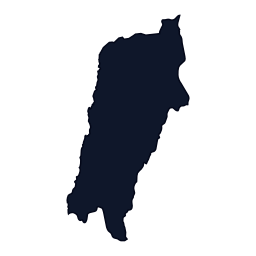 the border of Atacama
{"feature_id": "CHL-2696", "entity_name": "Atacama", "entity_type": "Region", "adm_level": 1, "iso_a3": "CHL", "parent_name": "Chile", "parent_adm1": "", "projection": "equal_earth", "projection_center": [-70.184, -27.52], "detail": "fine", "context": "isolated", "style": "filled", "palette": "ink", "viewbox_px": 256, "rotation_deg": 0, "n_neighbors": 0, "source": "natural_earth", "source_scale": "10m", "svg_char_len": 5685}
<svg xmlns="http://www.w3.org/2000/svg" viewBox="0 0 256 256"><path d="M179.7,15.4L177.7,22.8L177.5,24.7L177.6,25.7L177.8,26.6L179.1,28.7L179.6,29.7L179.0,30.5L179.4,31.6L179.3,32.9L179.4,34.3L180.1,35.6L180.8,36.5L181.3,37.7L181.7,39.0L182.1,43.2L184.7,56.3L185.0,58.9L184.6,60.6L179.7,65.2L178.6,67.0L178.2,68.7L177.9,70.8L177.8,74.8L178.1,77.4L178.8,79.5L179.7,81.5L181.0,83.5L188.2,95.7L188.7,97.1L188.8,98.6L188.6,99.5L188.0,101.4L187.8,102.3L187.7,102.9L187.8,104.2L187.7,104.6L187.4,104.6L186.4,104.5L185.9,104.6L184.2,105.5L183.5,105.7L181.5,105.8L180.6,106.2L179.8,106.9L179.1,107.8L178.7,108.9L178.4,109.9L178.0,110.6L177.1,110.7L175.6,110.0L174.3,108.8L173.0,107.7L171.3,107.6L169.9,108.0L169.4,108.4L168.8,109.2L167.2,112.4L166.9,113.5L166.8,114.4L166.9,116.4L166.7,117.3L164.9,122.3L164.5,123.0L163.8,123.6L162.5,124.5L161.9,125.0L161.6,125.6L161.5,126.3L161.5,127.0L161.6,127.6L161.5,128.9L161.2,130.2L160.2,132.7L159.9,133.2L159.0,134.2L158.7,134.7L158.7,135.5L158.9,136.2L159.2,136.8L159.4,137.5L159.2,137.9L158.1,138.5L157.8,138.9L157.5,139.5L157.1,141.4L155.7,149.1L155.0,150.4L154.0,151.3L151.8,152.0L151.2,152.3L150.7,152.9L150.3,153.6L150.3,154.0L150.4,154.4L150.4,154.7L149.7,155.5L148.3,159.5L147.4,161.1L146.6,163.1L146.3,163.6L145.7,163.4L144.9,162.8L144.2,162.4L143.6,162.9L143.2,165.5L142.9,166.4L141.2,168.9L139.2,170.8L137.5,172.9L137.4,173.1L136.8,175.9L136.6,181.2L136.5,181.8L136.3,182.0L136.0,182.1L135.7,182.3L134.9,183.6L134.2,185.1L133.7,186.8L133.6,188.5L133.8,189.6L134.3,191.8L134.5,192.9L134.3,193.8L133.2,196.1L133.2,196.5L133.2,197.0L133.1,197.4L132.9,197.8L132.5,198.5L132.1,199.2L131.8,200.2L131.7,201.2L131.7,202.2L131.8,203.2L132.1,205.7L132.0,207.0L131.8,208.1L131.1,209.2L130.2,209.7L128.3,210.1L127.7,210.4L127.6,210.7L127.6,211.0L127.3,211.6L126.9,212.1L125.9,212.8L125.3,213.4L125.1,213.5L124.9,213.6L124.8,213.9L124.8,214.2L125.3,214.9L125.3,215.3L125.1,215.7L124.8,216.1L124.4,216.4L124.0,216.5L123.2,217.1L122.9,218.1L122.7,220.5L122.8,221.4L123.0,222.1L123.4,222.7L123.6,223.5L124.0,226.0L124.3,226.5L124.5,227.1L124.7,227.6L125.6,232.4L125.5,233.9L125.4,235.4L125.4,236.6L125.7,237.5L126.7,238.5L127.0,239.1L126.3,239.5L125.0,240.4L124.5,240.6L124.2,240.6L121.0,240.6L120.2,240.3L119.2,239.8L118.1,239.0L117.2,238.6L114.1,237.8L113.0,237.0L112.4,236.1L111.7,234.2L111.3,233.5L110.9,232.9L108.5,230.9L107.8,229.8L107.3,228.8L106.7,227.0L103.7,212.1L102.8,209.1L102.3,208.3L101.6,207.8L99.1,206.8L98.4,206.7L97.8,206.7L97.2,207.1L97.0,207.5L96.9,208.0L96.8,208.7L96.6,209.4L96.3,210.1L95.7,210.8L94.6,211.3L89.9,212.4L88.6,213.0L87.8,213.6L87.6,214.0L87.4,214.6L86.8,218.8L86.6,219.8L86.0,221.3L85.5,222.1L84.9,222.5L84.1,222.5L83.4,221.9L83.1,221.4L82.9,221.0L82.8,220.7L82.7,220.3L82.5,220.0L82.2,219.9L81.8,220.0L80.6,220.3L80.0,220.3L79.4,220.0L78.7,219.2L78.3,218.3L77.7,216.1L77.4,215.4L76.9,214.7L76.3,214.1L75.6,213.6L74.2,212.8L73.2,212.5L72.1,212.4L69.9,212.9L68.6,213.7L68.5,213.8L68.3,212.8L68.2,210.3L68.2,210.2L68.2,209.9L68.2,209.6L68.3,209.3L68.6,208.8L68.7,208.6L68.7,207.9L68.4,207.5L68.1,207.2L68.0,206.7L68.1,206.2L68.4,205.5L68.5,205.0L68.0,202.7L68.1,202.0L68.0,201.7L67.4,202.1L67.2,200.2L67.6,197.6L68.4,195.4L69.6,194.5L70.2,194.3L71.7,193.5L72.0,193.1L72.5,192.2L72.9,190.2L73.3,189.3L74.8,187.8L75.4,186.9L75.9,184.0L75.9,183.5L75.7,183.1L75.3,182.7L75.0,182.3L74.8,181.7L75.2,181.2L75.9,180.7L76.6,180.1L76.9,179.2L76.6,177.4L76.6,176.9L76.9,176.7L77.3,176.6L77.7,176.6L77.9,176.6L78.8,175.4L79.6,173.3L80.2,171.1L80.2,169.3L80.0,168.5L79.8,168.1L79.6,167.9L79.4,167.7L79.7,167.2L80.2,166.4L80.3,165.5L80.7,163.6L80.8,160.1L80.6,158.9L80.1,157.6L80.3,157.1L80.7,156.6L80.9,156.1L81.1,155.3L81.4,150.2L81.6,149.0L82.0,147.9L82.2,147.6L82.5,147.4L82.8,147.0L83.0,146.5L82.8,145.4L82.7,144.8L82.9,144.5L83.3,144.3L83.4,143.9L83.5,143.4L83.5,142.9L83.7,141.8L84.4,140.0L84.8,138.9L85.0,137.8L85.0,136.7L85.2,136.0L85.4,135.6L85.7,135.5L85.8,136.0L86.1,136.3L87.7,135.7L88.4,135.8L88.6,135.2L88.9,134.6L89.3,134.2L89.6,134.0L89.9,133.8L89.9,133.2L89.7,132.0L89.7,129.9L90.6,127.8L90.7,127.3L90.6,126.1L90.2,124.7L89.7,123.3L88.6,121.2L88.7,120.0L89.0,118.9L89.1,117.4L88.9,116.6L88.5,115.6L88.3,114.7L88.7,113.2L88.5,112.7L88.1,111.9L88.0,111.5L88.0,110.8L88.1,110.5L88.5,109.0L88.6,108.6L88.8,108.1L89.2,107.7L89.7,107.7L89.9,108.2L90.0,108.9L90.3,109.0L90.7,108.9L90.9,108.8L91.4,108.3L91.5,107.9L91.4,107.5L91.5,107.0L91.7,106.6L91.9,106.3L92.1,105.9L92.2,105.5L92.3,104.8L92.4,104.7L92.6,104.8L92.9,104.9L93.4,104.8L93.5,104.3L93.3,103.9L93.3,103.5L93.6,103.1L94.3,102.4L94.6,102.1L94.5,101.2L93.9,98.8L93.9,98.3L93.9,98.1L93.2,96.6L93.2,95.9L93.3,95.5L94.6,91.6L94.9,91.1L95.2,90.8L96.0,90.2L96.7,89.6L96.0,88.6L95.9,88.2L95.8,87.8L95.8,87.2L96.1,86.7L96.7,86.2L96.9,85.7L96.9,85.1L97.3,82.5L98.1,80.4L98.2,79.2L97.7,77.5L97.6,76.6L98.0,75.5L98.3,75.1L98.4,74.7L98.4,74.3L98.4,73.6L98.3,73.1L98.0,71.9L97.9,71.5L98.2,71.0L99.1,71.1L99.5,69.6L100.5,68.9L100.0,67.6L98.6,67.0L98.8,65.6L99.5,65.0L99.8,63.5L99.6,62.7L99.2,61.8L99.2,60.5L98.9,59.7L99.2,59.1L99.3,58.3L99.4,56.6L99.4,55.2L99.4,54.8L99.6,54.4L100.0,54.0L100.2,53.8L100.3,53.0L100.6,52.8L103.5,47.5L109.3,42.5L112.2,42.2L114.1,42.7L118.9,38.1L122.4,37.3L124.0,39.3L128.9,38.6L133.3,35.8L135.5,34.2L140.9,33.6L145.8,35.2L159.6,33.7L159.7,32.5L159.9,31.5L160.2,30.7L161.7,27.4L162.6,25.8L162.7,25.6L162.8,25.0L162.9,24.4L162.8,23.9L162.7,23.5L162.6,23.3L162.3,22.7L162.1,22.3L161.9,21.7L162.0,21.1L162.2,20.4L162.4,20.2L162.6,20.0L165.3,19.9L167.1,19.5L168.1,19.4L168.9,19.4L170.8,20.0L172.1,20.1L173.5,19.9L174.5,19.4L175.3,18.8L177.4,16.6L178.2,15.9L178.8,15.6L179.6,15.4L179.7,15.4Z" fill="#0f172a" stroke="#020617" stroke-width="1.5"/></svg>